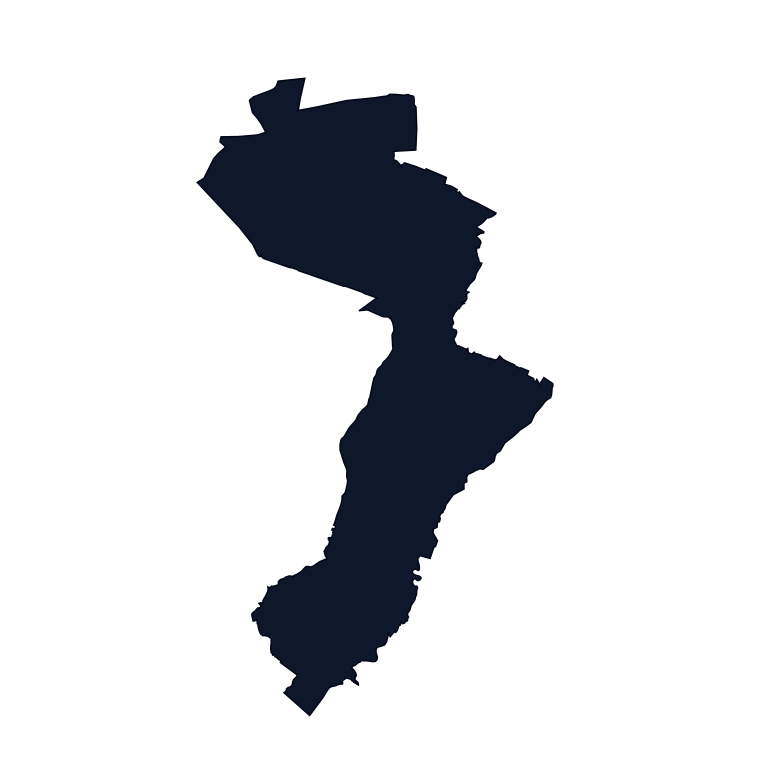 Ozumba, México, Mexico (Albers equal-area conic projection), rotated 351°
{"feature_id": "50627088B81799122508207", "entity_name": "Ozumba", "entity_type": "district", "adm_level": 2, "iso_a3": "MEX", "parent_name": "Mexico", "parent_adm1": "México", "projection": "albers", "projection_center": [-98.81, 19.016], "detail": "fine", "context": "isolated", "style": "filled", "palette": "ink", "viewbox_px": 768, "rotation_deg": 351, "n_neighbors": 0, "source": "geoboundaries", "source_scale": "gbopen_adm2", "svg_char_len": 6156}
<svg xmlns="http://www.w3.org/2000/svg" viewBox="0 0 768 768"><g transform="rotate(351 384 384)"><path d="M353.6,69.7L326.8,68.3L324.4,72.7L322.0,74.8L319.0,76.0L300.0,80.0L295.5,82.7L296.6,95.3L301.2,102.9L302.2,105.1L303.6,108.1L306.6,116.9L297.9,118.2L294.1,118.0L278.5,116.8L261.7,114.4L259.9,119.1L264.7,125.1L256.3,130.5L251.2,134.7L238.4,152.6L231.1,155.7L265.8,206.8L276.3,225.6L279.5,236.2L280.9,238.6L282.8,238.6L284.2,240.7L285.2,241.5L309.5,254.5L309.9,254.2L310.4,254.4L314.2,256.4L317.1,258.0L317.3,258.7L359.5,281.2L360.6,281.1L362.4,282.0L376.9,289.9L378.7,291.5L390.9,298.1L388.6,298.7L371.9,307.3L370.6,307.7L379.3,308.2L393.4,317.3L399.2,318.6L400.2,320.4L401.8,320.0L401.3,321.7L402.2,324.8L402.4,327.3L402.4,331.8L401.8,333.5L400.4,335.4L399.6,337.1L398.4,348.5L398.4,350.9L393.6,356.9L390.3,359.9L386.5,362.6L384.6,365.2L380.7,367.9L379.3,369.8L377.5,374.0L375.2,376.3L373.0,381.5L368.0,394.9L366.7,396.8L364.7,402.1L362.4,403.9L358.7,406.2L354.8,409.7L353.4,411.0L350.4,415.5L342.8,421.8L336.5,429.6L333.7,431.4L332.9,432.4L331.1,436.9L330.3,442.2L332.0,454.5L333.7,461.9L333.8,464.1L332.7,469.7L333.0,473.5L332.1,477.0L329.0,484.6L328.1,485.8L325.1,488.2L324.4,492.0L322.2,497.3L317.0,506.2L313.5,513.6L312.2,515.5L314.0,516.3L313.0,519.5L310.5,518.6L309.7,520.1L311.2,520.8L310.0,522.9L310.4,523.4L310.0,525.3L309.3,525.2L309.2,526.0L308.1,527.5L305.5,527.1L304.9,527.5L304.8,529.1L305.7,530.4L304.8,533.2L304.2,533.6L303.7,534.8L301.1,536.5L299.7,538.9L298.7,539.8L299.2,544.7L300.8,547.4L292.8,549.4L285.8,552.7L283.8,553.3L283.0,553.3L279.9,552.2L278.1,552.3L272.8,556.4L267.8,558.5L265.0,559.1L264.7,560.3L264.3,560.5L263.9,559.8L262.8,559.3L259.7,558.7L258.2,559.3L256.5,559.3L255.0,560.4L250.9,561.0L248.7,562.8L248.5,564.7L247.8,565.9L242.5,566.6L241.8,566.1L241.1,566.1L240.2,567.0L239.5,567.3L238.8,567.2L237.5,566.3L237.6,568.0L236.7,570.6L234.7,573.8L230.7,578.8L230.1,581.3L227.9,580.8L226.2,581.1L227.6,583.5L227.0,585.4L224.0,585.6L220.7,588.4L218.9,589.2L217.9,590.0L217.3,591.5L217.6,597.5L218.7,597.8L220.9,597.2L221.6,598.0L221.3,600.9L222.2,602.5L221.8,602.9L221.9,606.5L222.7,610.7L223.7,612.4L225.2,613.7L226.3,613.7L230.1,615.0L232.7,617.8L232.0,623.1L231.5,624.1L230.6,628.2L230.7,630.6L230.5,631.5L231.6,633.2L231.6,634.3L232.9,633.8L233.8,636.4L234.6,636.4L236.8,639.6L238.9,641.0L238.1,642.9L252.9,657.9L251.9,659.4L248.6,661.8L247.2,664.1L246.0,667.4L244.2,668.4L241.6,668.9L240.0,669.9L239.3,672.0L236.9,673.3L258.7,699.7L274.1,684.7L280.9,676.9L282.9,675.3L284.9,674.6L288.3,674.5L293.3,673.5L295.9,673.8L296.3,673.4L296.4,671.1L297.3,670.1L301.0,668.4L305.1,670.5L306.0,672.1L307.0,672.8L307.6,674.0L311.6,677.2L311.7,675.1L311.1,674.0L309.5,672.3L309.2,671.1L309.3,670.0L311.0,667.5L310.9,665.0L309.0,661.0L308.4,660.6L308.0,659.4L308.2,658.3L309.8,657.6L311.5,657.4L314.8,655.2L316.7,655.0L318.4,653.7L324.9,655.0L329.5,656.5L332.2,656.6L333.7,655.5L334.4,653.9L334.7,652.5L334.1,647.2L334.9,644.4L335.6,643.5L337.1,642.7L338.9,642.7L343.5,641.9L346.3,638.9L349.5,631.0L350.6,634.5L354.3,631.2L355.6,630.6L356.4,630.6L356.8,631.1L358.4,629.7L361.1,624.7L362.2,624.8L363.1,621.6L363.8,621.5L364.4,623.6L366.4,623.5L367.1,623.1L368.1,621.9L370.1,621.5L371.0,618.7L371.7,618.2L371.0,615.3L371.3,614.3L374.0,611.6L376.3,606.7L380.6,602.2L382.0,598.7L383.0,597.6L384.2,592.3L385.2,591.0L385.2,589.6L384.8,588.8L383.1,588.8L381.7,587.3L381.1,585.0L381.4,583.0L382.6,581.7L384.1,581.0L384.7,581.2L385.5,582.8L386.7,583.6L389.0,583.0L390.2,581.7L390.0,580.3L388.9,579.4L385.0,577.6L382.6,575.5L382.9,573.1L384.5,571.9L385.9,571.8L386.7,571.9L388.3,573.3L389.0,573.4L389.6,573.1L390.0,572.2L390.4,569.3L389.8,563.0L390.0,562.0L392.6,559.1L402.2,563.5L407.6,553.2L409.5,552.3L412.3,547.2L409.1,538.6L410.2,534.9L414.0,533.8L415.1,529.0L417.2,528.7L418.4,526.0L418.2,523.1L420.0,520.9L422.2,520.0L422.6,518.8L424.7,516.5L426.3,512.9L435.2,504.1L446.6,500.2L447.4,494.7L448.1,494.2L450.5,493.6L451.0,488.9L452.8,486.4L458.2,484.9L460.9,483.8L464.3,483.0L466.0,482.8L467.6,483.5L468.5,483.4L468.7,483.7L480.3,477.7L481.5,475.5L482.3,472.9L484.4,469.9L488.3,468.3L494.1,461.1L503.9,455.7L511.3,450.6L517.0,448.1L523.0,445.0L528.6,436.8L535.5,431.2L540.1,426.7L542.8,425.0L546.4,423.6L547.8,420.8L549.5,414.0L550.5,412.3L550.7,410.0L542.9,402.7L537.7,408.6L535.6,403.4L534.1,405.5L533.6,405.6L532.7,403.9L532.5,402.0L526.6,397.7L528.9,393.8L521.7,389.4L520.9,389.8L515.5,386.1L515.9,385.6L508.1,380.4L505.4,378.2L502.7,374.4L499.7,377.4L497.3,377.6L492.3,375.0L491.4,375.1L484.5,371.2L484.6,370.7L478.4,367.8L478.0,366.7L475.3,368.3L472.3,366.2L472.3,362.0L470.7,362.6L463.3,357.8L462.2,358.2L460.8,354.8L461.0,354.3L460.0,353.1L460.3,351.9L459.7,350.9L462.3,347.6L463.9,344.3L463.8,342.4L459.8,340.0L460.2,337.1L461.7,335.7L462.3,334.4L461.6,329.7L464.3,325.7L465.3,324.4L467.1,323.0L468.2,321.3L469.7,321.5L470.4,321.0L470.9,319.8L471.5,319.1L471.9,319.4L472.3,318.6L474.2,317.4L475.1,317.0L476.8,317.0L473.5,315.5L477.3,314.9L479.1,312.8L479.7,308.0L482.2,306.6L479.2,304.9L480.1,303.3L484.5,298.6L489.5,295.0L490.6,293.3L492.4,289.2L498.6,281.8L499.5,280.0L498.4,279.7L497.3,278.7L497.1,278.1L496.9,277.3L497.1,276.0L496.4,272.7L496.3,269.7L495.9,267.6L495.4,266.8L496.3,266.5L496.8,263.8L498.4,264.5L499.6,264.0L500.3,261.9L501.3,260.7L501.8,259.2L501.8,258.3L501.2,256.8L498.8,253.5L498.6,252.7L498.8,251.9L500.0,251.8L500.9,250.7L501.7,251.0L502.4,250.3L503.3,250.5L504.2,250.1L505.7,250.5L506.2,250.2L506.3,249.2L500.8,244.5L500.2,243.5L500.4,242.8L504.5,241.3L508.1,239.1L511.5,236.2L514.3,236.1L517.4,235.3L520.7,233.7L521.4,232.7L505.0,220.3L493.4,212.6L490.8,210.4L488.4,206.0L487.2,206.6L485.2,205.0L486.7,203.5L483.9,201.1L481.6,199.3L475.2,196.2L477.9,189.8L459.3,178.1L458.9,179.8L449.5,174.2L438.8,168.7L437.2,170.1L435.6,170.4L434.9,172.1L434.0,169.5L431.5,165.8L428.5,164.0L429.8,159.7L430.1,155.7L452.0,157.9L456.3,136.9L458.9,115.5L457.5,112.6L458.4,106.8L458.2,104.6L456.7,103.6L455.1,103.5L454.4,102.6L452.9,101.8L448.9,101.9L440.7,99.8L434.9,98.8L432.4,100.0L419.1,99.8L391.2,98.2L360.9,99.9L342.1,100.4L345.7,89.5L353.6,69.7Z" fill="#0f172a" stroke="#020617" stroke-width="1.5"/></g></svg>